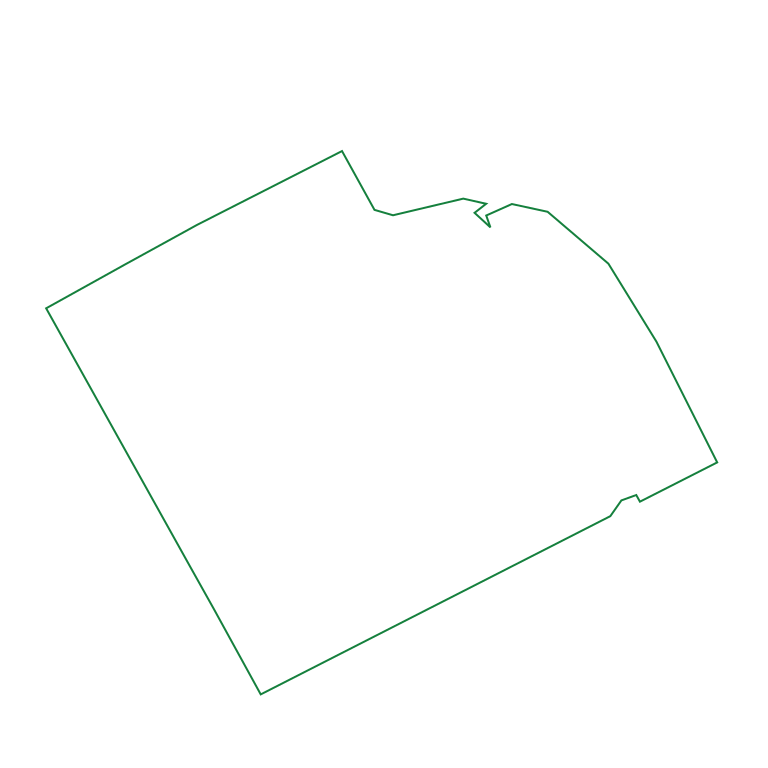 the district of McNairy, Tennessee, United States of America, rotated 61°
{"feature_id": "52423323B32095866653049", "entity_name": "McNairy", "entity_type": "district", "adm_level": 2, "iso_a3": "USA", "parent_name": "United States of America", "parent_adm1": "Tennessee", "projection": "orthographic", "projection_center": [-88.59, 35.19], "detail": "fine", "context": "isolated", "style": "outline", "palette": "green", "viewbox_px": 768, "rotation_deg": 61, "n_neighbors": 0, "source": "geoboundaries", "source_scale": "gbopen_adm2", "svg_char_len": 453}
<svg xmlns="http://www.w3.org/2000/svg" viewBox="0 0 768 768"><g transform="rotate(61 384 384)"><path d="M159.9,307.8L154.2,470.4L153.9,553.5L154.0,642.8L450.3,642.1L498.5,641.9L595.7,642.3L609.3,250.1L600.9,232.8L603.4,217.2L611.0,217.2L614.1,130.6L479.1,125.2L387.6,129.4L312.7,157.4L288.6,184.9L286.2,212.9L298.6,215.0L278.2,221.8L275.9,207.3L260.3,224.8L240.8,294.3L227.1,307.9L159.9,307.8Z" fill="none" stroke="#15803d" stroke-width="2"/></g></svg>